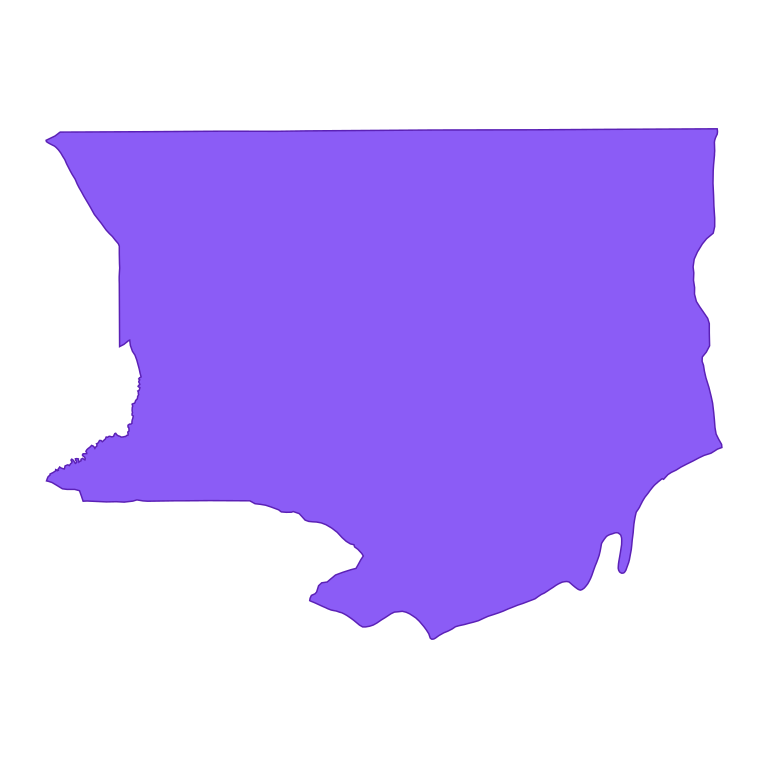 the district of Varin, Siemréab, Cambodia
{"feature_id": "14789045B34127084332177", "entity_name": "Varin", "entity_type": "district", "adm_level": 2, "iso_a3": "KHM", "parent_name": "Cambodia", "parent_adm1": "Siemréab", "projection": "robinson", "projection_center": [103.87, 13.824], "detail": "fine", "context": "isolated", "style": "filled", "palette": "violet", "viewbox_px": 768, "rotation_deg": 0, "n_neighbors": 0, "source": "geoboundaries", "source_scale": "gbopen_adm2", "svg_char_len": 6018}
<svg xmlns="http://www.w3.org/2000/svg" viewBox="0 0 768 768"><path d="M309.7,600.6L311.1,601.3L314.1,602.5L317.0,603.8L321.1,605.7L323.3,606.7L325.9,607.8L327.7,608.7L331.1,610.0L333.4,610.5L336.2,611.0L339.4,612.1L341.9,612.8L344.5,614.1L347.1,615.6L350.6,618.0L353.6,620.2L359.5,625.1L362.6,626.9L365.7,626.9L369.7,626.2L373.3,625.0L376.9,623.0L381.4,619.9L385.0,617.7L388.5,615.4L390.9,613.8L394.4,612.1L397.8,611.8L402.3,611.3L406.1,612.2L409.6,613.8L412.7,615.8L415.8,617.9L419.3,621.2L422.2,624.6L423.9,626.6L426.4,630.0L428.8,633.8L430.0,637.4L430.4,638.3L431.8,639.2L433.8,639.0L435.6,638.0L439.0,635.5L443.8,632.8L448.0,631.1L452.1,629.0L455.5,626.7L459.0,625.7L464.5,624.5L468.5,623.4L473.6,622.1L478.4,620.7L484.4,617.9L488.0,616.3L493.3,614.6L498.4,612.9L503.0,611.2L508.2,608.9L512.8,607.1L517.8,605.1L522.7,603.5L533.5,599.4L535.2,598.7L538.2,596.5L541.4,594.4L544.4,593.0L547.8,590.8L550.0,589.3L553.0,587.4L556.0,585.3L558.4,583.9L560.5,582.9L562.3,582.1L564.6,581.7L566.6,581.5L568.9,581.9L570.6,583.3L572.4,584.9L574.9,587.0L577.6,589.0L579.2,589.8L580.5,590.1L582.2,589.5L584.3,588.0L586.2,585.8L587.8,583.7L589.2,581.2L590.6,578.4L591.9,575.2L592.9,572.3L593.9,569.4L595.2,565.8L596.7,562.2L597.9,558.9L599.1,555.5L600.2,550.9L600.9,547.1L601.5,543.6L602.3,542.1L604.4,539.0L606.5,536.4L608.2,535.3L610.0,534.5L612.7,533.7L614.9,532.9L616.4,532.7L618.1,532.9L620.0,534.3L620.8,535.2L621.6,538.0L621.7,540.7L621.6,544.6L620.3,553.0L619.6,557.1L618.9,561.1L618.5,563.7L618.3,566.1L618.2,568.2L618.6,570.1L619.5,571.8L620.3,572.5L621.7,573.2L623.0,573.1L623.9,572.8L624.8,571.9L625.9,570.2L627.0,567.1L628.7,562.4L629.4,559.7L630.0,556.4L631.3,549.4L631.8,544.8L632.2,540.3L632.8,535.6L633.2,532.4L633.5,528.5L633.9,524.2L634.5,520.3L635.2,516.5L635.8,513.9L636.2,512.2L638.2,509.3L639.4,507.4L640.5,505.1L641.5,503.2L642.4,501.4L643.7,499.2L645.0,497.1L648.4,492.8L650.0,490.5L652.8,487.0L654.3,485.3L655.7,484.0L657.5,482.5L658.2,481.8L660.0,480.4L661.4,479.2L662.3,478.7L663.6,479.3L667.9,474.6L671.3,472.4L676.1,470.1L680.9,467.1L686.7,464.1L693.0,461.0L699.0,457.8L704.1,455.4L711.0,453.2L714.4,451.1L717.5,449.1L721.9,447.5L721.6,444.4L718.6,439.1L716.1,434.0L715.0,427.6L714.4,419.8L713.7,412.4L712.6,403.1L711.2,396.6L708.9,387.3L705.9,377.7L704.4,371.1L703.5,365.3L702.1,361.3L702.3,357.0L706.3,352.1L709.6,345.8L709.3,332.7L709.3,323.6L707.7,318.4L704.1,313.1L699.8,306.9L696.4,301.5L694.5,294.1L694.6,287.6L693.5,280.3L693.8,272.9L693.1,266.9L694.2,259.2L697.4,252.0L702.3,244.0L706.6,238.7L713.2,233.2L714.7,226.6L714.7,218.2L713.9,205.7L713.6,195.9L713.0,183.4L713.2,170.9L713.6,164.6L714.5,155.0L714.5,153.6L714.7,150.9L714.6,148.4L714.5,144.8L714.4,142.3L714.7,140.3L715.4,138.1L716.3,136.0L717.2,134.2L717.5,131.9L717.4,130.3L717.2,128.8L600.9,129.4L535.0,129.8L434.4,130.0L306.0,130.9L277.1,131.3L220.7,131.2L146.2,131.7L60.2,132.1L59.4,132.6L58.4,133.4L57.0,134.5L55.0,136.0L46.1,140.3L46.4,141.6L48.0,142.7L49.6,143.6L52.5,145.1L54.5,146.1L56.2,147.5L58.4,149.8L60.8,153.0L62.9,156.6L64.8,159.6L66.6,163.8L70.5,171.4L72.1,174.3L75.1,179.1L77.3,184.2L79.1,187.7L81.7,192.2L83.8,196.1L87.0,201.5L89.9,206.4L92.5,211.1L94.4,214.5L98.3,219.5L101.3,223.3L103.8,226.8L106.2,230.1L109.4,233.6L112.4,236.5L115.3,240.2L118.3,243.7L119.3,246.1L119.3,249.6L119.3,253.5L119.5,263.8L119.7,268.0L119.4,272.8L119.2,276.8L119.2,280.2L119.3,283.5L119.6,346.6L123.9,344.4L128.7,340.5L129.7,340.1L130.4,345.5L132.4,351.2L135.0,355.2L136.8,360.1L139.2,368.9L140.1,373.2L141.1,376.9L139.5,377.8L138.7,378.9L139.7,379.9L139.0,380.9L138.7,381.9L139.5,383.4L139.8,384.5L138.5,385.5L138.1,386.5L139.9,387.7L139.5,389.2L139.0,390.5L137.8,391.0L138.3,392.0L138.3,393.2L138.6,394.6L137.6,396.6L137.5,398.0L137.1,399.1L136.4,399.6L135.4,401.0L135.1,402.3L134.5,403.3L133.3,403.5L132.1,404.2L132.5,405.3L132.6,406.5L132.2,407.8L132.2,408.8L132.1,410.3L132.3,411.8L132.5,412.8L132.0,413.9L132.1,415.2L133.3,416.1L132.7,418.6L132.2,420.0L131.9,422.1L132.0,423.2L131.3,423.8L130.5,424.2L129.5,424.1L128.0,425.2L128.0,427.0L128.8,427.8L129.0,429.4L129.0,431.0L127.9,431.9L127.8,432.9L128.2,433.9L127.9,435.2L126.8,435.4L125.5,436.5L124.3,436.6L123.3,436.9L121.2,437.1L119.7,436.2L118.4,435.9L116.8,434.8L115.7,433.3L114.8,433.6L113.9,435.4L113.6,436.4L111.8,436.9L109.8,436.3L108.9,436.4L107.5,437.3L106.2,437.0L105.8,437.9L105.4,439.0L104.3,439.9L103.3,440.9L102.3,441.7L101.0,440.5L99.5,440.5L98.6,442.2L97.7,443.3L96.5,443.8L97.0,444.7L96.7,446.3L95.5,447.2L94.9,448.3L94.3,447.2L93.1,446.0L91.6,445.4L90.5,446.6L89.5,447.5L88.4,448.3L87.7,448.9L86.8,449.8L85.9,451.3L86.6,452.4L86.7,453.6L84.9,453.7L83.1,453.8L82.4,455.0L83.4,456.4L84.6,457.1L85.3,458.8L84.9,459.9L82.5,458.4L81.0,459.3L81.1,460.7L79.7,461.4L78.9,462.1L78.4,459.9L78.4,458.9L76.8,458.6L75.4,458.8L75.8,460.6L76.6,461.3L76.6,462.5L75.3,463.4L73.7,460.8L72.5,459.5L71.6,459.2L71.0,460.1L71.3,460.9L72.0,461.8L71.7,462.9L70.8,463.5L69.9,464.8L69.2,465.6L68.4,465.0L67.4,464.9L66.1,465.5L65.1,465.9L64.8,467.1L64.4,468.9L63.3,468.8L62.0,468.3L60.7,467.8L59.7,467.0L59.1,467.9L58.0,469.4L58.3,470.3L57.3,470.7L56.5,469.9L55.7,469.6L55.7,470.8L53.9,472.0L53.0,472.6L51.7,473.2L50.0,474.1L50.0,475.1L48.2,476.6L47.4,478.3L46.5,480.9L48.3,481.3L52.0,482.5L56.4,485.1L62.4,488.8L67.2,489.4L74.7,489.4L79.5,490.7L81.5,496.3L83.1,501.2L87.0,501.0L95.7,501.4L106.5,501.9L116.3,501.7L124.2,502.1L132.9,501.1L136.9,499.9L143.0,500.9L147.7,501.2L174.7,500.8L183.0,500.8L209.7,500.6L249.8,500.8L255.0,503.7L260.2,504.3L265.6,505.2L271.1,507.0L278.6,509.8L281.3,511.9L286.4,512.3L291.6,512.2L293.1,511.5L299.2,513.6L301.6,516.2L305.1,520.1L308.7,521.4L312.6,521.8L316.4,522.0L321.3,522.9L326.0,524.7L331.6,528.0L337.2,532.3L342.1,537.6L346.2,541.3L350.4,543.9L353.9,544.7L354.6,546.9L357.9,549.3L361.8,553.5L363.3,556.0L360.9,559.6L357.9,565.1L356.0,568.4L350.9,569.7L342.8,572.3L335.5,575.0L330.3,579.3L327.2,582.0L321.7,582.8L318.6,585.7L316.6,592.0L315.0,593.8L311.4,595.4L310.1,598.2L309.7,600.6Z" fill="#8b5cf6" stroke="#5b21b6" stroke-width="1.5"/></svg>